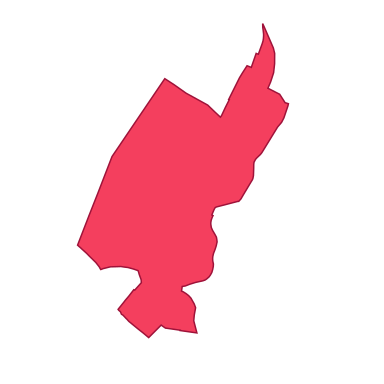 the district of Mina Al-Basal, Al Iskandariyah, Egypt, rotated 160°
{"feature_id": "37247803B6072823038125", "entity_name": "Mina Al-Basal", "entity_type": "district", "adm_level": 2, "iso_a3": "EGY", "parent_name": "Egypt", "parent_adm1": "Al Iskandariyah", "projection": "mercator", "projection_center": [29.876, 31.167], "detail": "fine", "context": "isolated", "style": "filled", "palette": "rose", "viewbox_px": 384, "rotation_deg": 160, "n_neighbors": 0, "source": "geoboundaries", "source_scale": "gbopen_adm2", "svg_char_len": 2406}
<svg xmlns="http://www.w3.org/2000/svg" viewBox="0 0 384 384"><g transform="rotate(160 192 192)"><path d="M235.6,57.9L234.4,70.4L231.9,75.7L228.2,82.0L228.2,86.0L229.3,92.7L230.6,95.8L232.3,98.5L234.3,101.1L235.7,102.5L234.8,104.2L233.5,106.6L230.5,106.0L225.7,106.1L219.5,105.8L212.0,104.8L210.7,104.9L210.3,104.7L209.5,104.9L208.1,105.2L205.0,106.4L203.1,107.7L200.9,109.6L199.0,112.2L197.5,114.7L196.5,117.0L196.1,120.0L195.4,122.3L194.6,124.1L193.4,126.0L192.4,127.4L191.3,128.6L189.6,130.6L187.6,133.2L186.3,135.3L185.9,135.9L185.5,136.5L184.9,139.0L184.5,141.2L185.0,144.6L185.8,148.9L186.0,152.0L185.3,155.5L184.7,157.0L183.5,159.1L181.4,161.6L180.3,162.6L180.8,163.1L181.2,163.6L179.9,165.1L177.2,168.0L175.6,169.4L174.2,169.6L162.8,168.5L152.3,167.5L151.3,167.2L148.3,168.8L145.1,171.5L135.5,179.3L130.9,183.0L130.0,184.1L128.6,186.5L125.9,193.2L124.5,196.9L123.6,198.7L121.2,200.9L119.6,201.8L114.8,203.9L113.0,205.0L89.3,223.8L84.0,226.8L80.3,230.2L72.4,240.1L71.2,242.0L72.9,243.3L74.0,244.1L74.6,246.9L76.2,253.9L79.3,257.2L84.4,262.7L84.7,263.0L85.2,263.5L80.5,268.5L78.3,271.3L74.5,276.2L70.5,284.3L66.9,294.0L66.3,299.5L67.7,322.6L68.0,326.1L69.2,322.5L69.9,319.3L70.7,316.0L71.3,314.3L72.4,311.8L73.5,309.8L75.2,307.5L78.9,303.1L82.5,298.8L83.8,299.8L84.0,300.0L84.3,300.3L92.7,290.0L93.2,289.4L93.6,288.8L97.1,291.8L103.8,286.7L108.3,283.1L125.9,266.4L125.6,266.2L125.4,266.0L130.4,261.3L131.9,259.9L138.1,253.7L139.7,252.6L143.4,259.9L147.5,268.3L163.7,286.8L172.1,298.9L178.8,307.8L226.8,273.1L245.0,259.9L255.0,252.7L281.9,221.9L282.0,221.8L296.8,205.1L297.2,204.7L297.5,204.3L317.7,181.2L316.5,178.9L315.6,177.4L315.6,177.2L312.0,170.4L310.3,166.6L306.5,158.7L304.8,153.5L304.3,150.4L304.0,150.4L303.6,150.3L301.9,150.4L294.3,149.6L288.3,147.6L284.3,146.3L281.6,144.8L277.9,142.9L273.3,139.6L269.6,136.6L269.6,135.0L269.8,132.4L269.8,126.9L270.5,124.6L270.6,124.4L270.6,124.1L274.7,121.9L279.4,119.4L279.8,119.8L280.1,120.1L282.0,118.9L286.6,116.0L289.0,114.6L292.2,112.8L292.4,112.6L300.8,107.5L301.6,107.0L301.3,105.9L300.2,103.9L300.1,101.3L299.3,100.3L299.0,99.9L298.8,99.5L297.8,97.2L297.4,96.2L297.1,95.5L296.7,94.8L295.6,92.0L290.8,83.9L289.8,82.2L286.4,76.7L284.7,73.8L282.5,70.0L273.1,74.4L266.9,77.3L266.7,77.4L266.5,77.5L264.6,74.7L263.5,73.2L263.2,73.0L262.9,72.9L250.4,66.2L250.5,66.1L250.6,65.9L235.6,57.9Z" fill="#f43f5e" stroke="#9f1239" stroke-width="1.5"/></g></svg>